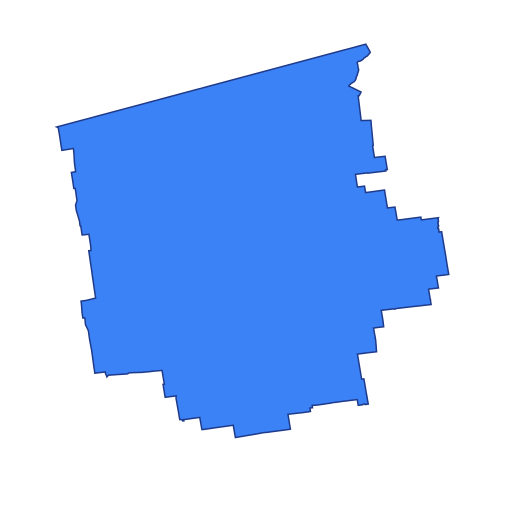 the district of Paroo, Queensland, Australia, rotated 165°
{"feature_id": "25037944B13506382949724", "entity_name": "Paroo", "entity_type": "district", "adm_level": 2, "iso_a3": "AUS", "parent_name": "Australia", "parent_adm1": "Queensland", "projection": "equal_earth", "projection_center": [145.53, -27.987], "detail": "fine", "context": "isolated", "style": "filled", "palette": "blue", "viewbox_px": 512, "rotation_deg": 165, "n_neighbors": 0, "source": "geoboundaries", "source_scale": "gbopen_adm2", "svg_char_len": 5701}
<svg xmlns="http://www.w3.org/2000/svg" viewBox="0 0 512 512"><g transform="rotate(165 256 256)"><path d="M313.7,432.2L356.6,432.2L367.3,432.2L397.4,432.2L405.9,432.2L415.1,432.2L414.6,431.8L413.8,430.8L414.1,428.3L414.3,425.5L414.6,423.0L414.8,420.8L415.1,418.3L415.4,415.8L415.7,413.3L415.9,410.8L416.2,408.3L415.5,408.2L404.6,407.1L404.6,406.6L404.9,404.8L405.2,403.1L405.4,401.9L405.5,401.4L405.7,400.2L406.0,398.8L406.2,398.2L406.7,395.7L407.0,394.5L407.3,392.5L407.4,392.0L407.8,389.0L408.4,384.1L409.1,384.2L412.7,384.5L413.1,380.8L413.1,380.7L413.7,375.2L414.5,368.4L413.1,368.1L413.3,366.6L413.8,361.8L413.9,361.7L414.2,359.1L414.5,355.9L417.1,351.9L417.8,346.7L417.5,337.0L417.5,335.1L417.9,332.5L418.1,330.7L417.5,330.5L417.8,327.7L418.3,323.2L418.5,321.3L411.8,320.2L412.7,311.5L413.2,307.7L413.4,306.7L413.5,306.4L413.5,306.1L414.0,304.0L416.2,304.4L416.4,302.4L418.0,289.0L418.8,281.8L418.9,281.7L421.8,256.9L429.4,257.0L432.0,257.1L436.7,257.7L436.8,257.0L436.9,256.4L436.9,256.2L436.9,255.9L437.2,254.0L438.7,246.1L439.3,240.9L437.4,240.5L438.3,234.9L438.5,233.8L437.4,228.2L437.3,226.9L438.5,217.1L438.5,216.0L439.1,208.8L439.0,208.7L441.0,193.2L442.0,184.5L431.6,183.0L431.8,181.5L431.5,179.5L431.4,179.2L431.3,177.8L429.3,179.1L427.6,178.7L425.5,178.3L422.9,177.8L420.7,177.4L413.8,176.0L410.7,175.4L409.0,175.9L407.4,175.7L406.4,175.4L406.1,175.4L404.8,175.1L403.8,174.9L401.8,174.4L398.8,173.7L397.4,173.4L396.8,173.2L394.3,172.8L392.6,172.5L389.3,171.9L387.1,171.6L384.1,171.2L382.7,170.9L381.5,170.7L377.1,169.9L376.4,169.8L376.9,164.4L377.5,158.1L377.7,155.8L379.0,156.1L379.3,153.2L379.8,148.1L380.1,145.6L380.2,144.3L380.3,143.0L377.2,142.6L374.0,142.2L370.8,141.7L369.3,141.5L369.5,141.0L370.1,139.2L370.3,136.7L370.5,134.2L371.0,128.5L371.2,126.0L371.9,119.2L372.0,117.8L371.1,117.7L370.6,117.0L369.2,116.8L369.4,115.6L368.3,115.4L368.2,116.7L363.8,116.1L361.2,115.8L358.7,115.5L354.2,114.9L352.1,114.6L352.3,112.6L352.6,108.8L353.2,102.4L352.4,102.1L341.1,100.8L333.8,99.9L321.8,98.4L322.9,86.0L318.8,85.6L308.1,84.6L302.1,84.0L297.7,83.7L295.6,83.5L293.5,83.3L293.2,83.2L291.1,82.8L287.0,82.3L275.0,80.7L267.6,79.8L267.4,81.9L266.9,86.9L266.1,94.8L254.9,93.2L253.3,92.9L251.4,92.6L249.3,92.4L247.2,92.1L245.9,91.9L244.7,91.8L244.1,91.8L243.6,91.8L243.3,95.2L240.7,94.8L240.4,97.2L237.4,96.5L236.9,96.4L235.8,96.3L235.3,96.2L234.8,96.1L227.4,95.2L225.3,95.0L222.4,94.6L220.7,94.6L214.3,93.7L210.1,93.2L208.0,92.9L207.0,92.7L205.9,92.6L203.8,92.3L201.7,92.0L200.4,91.8L199.6,91.7L197.5,91.4L195.4,91.1L195.6,88.9L195.8,86.7L195.9,85.3L193.0,84.9L192.8,85.0L192.4,84.8L191.5,84.7L191.1,84.9L190.7,85.1L190.3,85.1L190.1,85.1L189.3,84.9L189.2,84.9L189.1,84.3L185.9,83.9L185.5,88.5L185.2,91.5L185.4,91.8L185.3,92.2L185.1,92.5L184.9,95.5L184.4,100.5L184.0,104.7L183.6,109.4L185.8,109.7L185.8,110.0L185.6,112.4L183.4,135.0L181.8,134.8L177.0,134.1L173.7,133.7L164.3,132.3L164.0,134.2L163.5,136.7L162.9,139.8L162.7,141.1L162.4,142.6L162.2,143.6L162.1,144.8L161.8,147.6L161.5,152.0L161.2,154.6L161.1,156.0L156.4,155.4L153.7,155.0L151.0,154.6L150.9,155.2L150.5,158.0L150.2,159.8L150.0,161.8L149.8,163.7L149.1,171.1L144.3,170.4L139.5,169.7L136.6,169.3L136.0,168.7L135.0,168.8L134.4,169.0L131.5,168.6L121.3,167.1L114.6,166.1L112.9,165.8L104.8,164.6L99.4,163.8L99.0,168.0L98.8,168.2L98.8,168.4L98.7,168.8L98.9,169.1L97.9,179.2L97.6,179.3L88.0,177.9L87.9,179.6L87.8,180.6L87.8,181.0L87.5,183.5L87.0,188.8L87.1,189.1L87.1,189.3L86.9,189.5L86.9,190.0L77.9,188.7L74.6,188.3L73.7,197.9L72.9,205.3L71.0,225.2L70.4,231.4L73.1,231.8L73.0,232.1L73.0,232.5L72.7,233.1L72.8,233.6L72.7,233.9L72.7,234.3L72.5,235.0L73.2,235.5L73.0,236.0L73.1,236.6L73.1,236.8L72.7,236.8L72.5,237.0L72.2,237.0L71.9,237.6L71.7,238.0L72.0,238.5L72.0,238.9L71.8,239.2L71.8,239.5L71.9,239.8L71.7,240.1L71.7,240.3L71.6,240.5L71.8,240.7L71.8,241.0L71.6,241.3L71.6,241.6L71.4,241.8L71.1,241.7L71.0,241.8L71.2,242.0L70.7,242.7L70.6,243.2L70.6,243.5L70.5,243.9L70.6,244.7L70.5,244.9L70.2,245.1L70.1,245.7L70.0,245.8L87.0,248.1L86.7,250.9L100.9,252.8L102.7,253.1L102.8,253.0L103.0,253.0L103.3,253.0L103.5,253.1L110.3,254.1L109.1,267.3L116.6,268.4L114.8,286.5L126.1,287.9L133.7,288.9L133.1,295.4L140.2,296.4L139.6,302.0L138.8,309.1L127.0,307.5L126.7,307.1L108.6,304.5L108.5,305.8L106.8,305.5L105.5,318.9L116.1,320.5L114.9,331.7L115.1,331.9L114.9,332.2L114.1,332.5L111.9,345.7L111.6,347.5L111.2,350.0L110.8,352.4L110.3,354.9L109.9,357.3L119.4,359.6L117.9,370.0L115.9,384.3L114.8,384.1L112.1,387.2L117.8,392.2L122.4,396.1L121.8,396.7L121.3,397.1L120.2,397.5L119.8,397.9L119.3,398.1L117.6,398.5L117.2,398.8L116.4,398.9L115.8,399.2L115.0,399.7L114.6,400.0L114.2,400.6L113.9,400.9L113.5,401.3L113.4,401.7L113.2,402.3L112.9,402.6L112.8,402.9L112.7,403.3L112.4,403.6L112.0,403.8L111.7,404.0L111.4,404.5L111.2,404.9L111.0,405.3L110.9,405.7L110.9,405.9L110.7,406.1L110.5,406.3L110.1,406.5L110.0,406.8L109.9,407.1L109.9,407.4L109.7,407.7L109.4,408.0L109.2,408.1L108.9,408.5L108.8,408.9L108.7,409.5L108.5,410.5L108.6,411.0L108.7,411.6L108.7,411.9L108.6,412.3L108.4,412.8L108.3,413.2L108.3,413.7L108.3,414.1L108.3,414.4L108.3,416.3L108.2,416.7L107.8,416.9L107.5,417.2L107.2,417.4L106.5,417.4L106.3,417.5L106.0,417.4L105.2,417.3L104.9,417.3L104.5,417.4L104.4,417.4L103.9,417.7L103.6,417.6L103.1,417.8L102.8,418.0L102.4,418.0L102.1,418.2L101.7,418.3L101.0,418.8L100.7,419.1L100.2,419.4L99.9,419.4L99.5,419.4L99.3,419.5L98.9,419.7L98.2,420.1L97.5,420.3L96.9,420.3L96.5,420.5L96.3,420.6L95.7,421.1L95.3,421.4L95.0,421.5L94.8,421.8L94.0,422.2L93.7,422.4L93.0,423.2L92.9,423.3L93.5,425.9L94.8,430.9L95.1,432.2L135.9,432.2L141.0,432.2L206.5,432.2L213.0,432.2L281.5,432.2L313.7,432.2Z" fill="#3b82f6" stroke="#1e3a8a" stroke-width="1.5"/></g></svg>